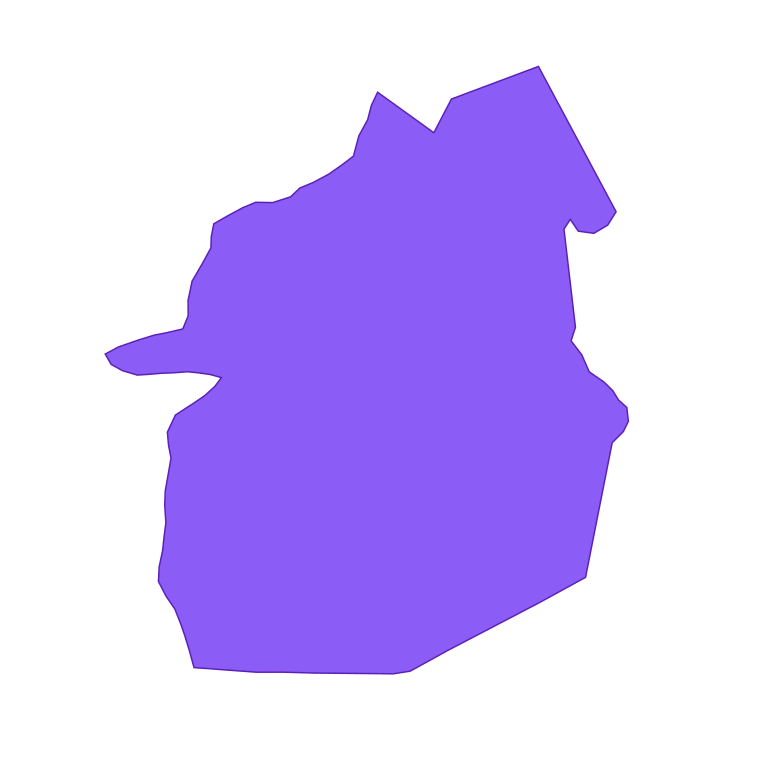 outline of Anadia, Alagoas, Brazil, rotated 77°
{"feature_id": "56859067B99757854432451", "entity_name": "Anadia", "entity_type": "district", "adm_level": 2, "iso_a3": "BRA", "parent_name": "Brazil", "parent_adm1": "Alagoas", "projection": "orthographic", "projection_center": [-36.324, -9.663], "detail": "fine", "context": "isolated", "style": "filled", "palette": "violet", "viewbox_px": 768, "rotation_deg": 77, "n_neighbors": 0, "source": "geoboundaries", "source_scale": "gbopen_adm2", "svg_char_len": 1213}
<svg xmlns="http://www.w3.org/2000/svg" viewBox="0 0 768 768"><g transform="rotate(77 384 384)"><path d="M617.7,231.1L492.6,174.9L484.1,161.4L475.3,154.3L461.5,152.7L452.3,159.1L441.9,162.6L431.6,169.2L418.3,181.3L400.2,184.7L384.0,192.0L371.8,184.7L273.6,173.8L265.5,165.5L278.8,160.3L284.4,145.6L279.5,130.3L268.4,119.1L109.3,162.1L121.5,254.2L150.4,278.9L98.3,324.6L109.8,333.7L122.7,340.4L136.6,352.7L155.1,362.5L161.0,375.6L167.1,390.6L171.8,408.2L174.1,421.9L180.6,432.9L182.2,451.7L178.1,468.1L180.4,481.8L184.7,497.6L189.6,513.8L202.0,519.3L212.4,522.0L225.0,533.2L240.7,547.9L258.5,556.1L273.6,559.5L285.1,567.7L285.1,585.3L284.7,597.2L285.8,612.5L288.1,634.2L292.1,648.9L303.6,645.4L312.2,635.8L319.8,622.4L321.6,611.4L323.4,598.8L325.7,586.7L327.9,572.5L331.5,562.0L335.6,551.3L341.2,541.0L348.2,549.2L355.0,561.3L360.1,574.4L367.3,594.2L382.2,605.9L395.0,607.7L408.3,608.2L422.3,614.1L439.0,621.2L452.7,624.9L470.3,627.8L484.0,632.9L496.6,637.2L511.3,644.1L525.7,648.2L541.7,644.1L556.3,638.4L573.0,635.9L584.5,634.7L600.7,633.6L617.6,632.9L636.1,573.2L641.9,547.9L649.8,517.5L668.5,440.0L669.7,423.1L658.0,382.0L632.1,282.3L617.7,231.1Z" fill="#8b5cf6" stroke="#5b21b6" stroke-width="1.5"/></g></svg>